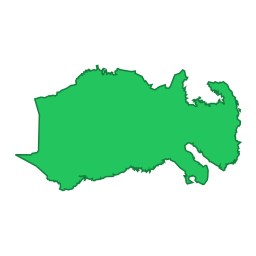 Konawe Selatan, Sulawesi Tenggara, Indonesia (orthographic projection)
{"feature_id": "22746128B90195550492320", "entity_name": "Konawe Selatan", "entity_type": "district", "adm_level": 2, "iso_a3": "IDN", "parent_name": "Indonesia", "parent_adm1": "Sulawesi Tenggara", "projection": "orthographic", "projection_center": [122.598, -4.26], "detail": "fine", "context": "isolated", "style": "filled", "palette": "green", "viewbox_px": 256, "rotation_deg": 0, "n_neighbors": 0, "source": "geoboundaries", "source_scale": "gbopen_adm2", "svg_char_len": 5865}
<svg xmlns="http://www.w3.org/2000/svg" viewBox="0 0 256 256"><path d="M59.6,189.0L62.9,190.5L64.5,190.0L64.8,189.0L68.6,189.8L72.9,188.6L73.5,186.5L75.2,186.4L76.9,184.8L77.1,182.6L77.4,183.9L78.9,183.1L79.8,181.2L79.1,180.7L79.9,181.0L79.9,182.3L82.5,178.9L84.3,178.6L83.7,178.2L83.6,177.5L84.0,178.3L84.0,177.5L85.1,178.0L84.8,176.5L82.7,176.1L80.8,176.7L78.8,175.9L81.0,176.6L83.2,175.8L85.7,176.0L85.6,177.3L86.4,178.0L87.0,177.8L86.9,176.9L87.1,178.3L89.9,179.3L92.2,178.6L92.0,179.7L92.4,179.4L93.2,180.6L94.8,180.6L96.0,179.7L100.3,179.2L100.7,177.8L101.5,178.7L103.5,178.2L105.8,176.6L113.1,176.4L113.8,175.8L113.4,174.2L115.0,175.0L118.1,174.4L120.8,172.5L123.9,172.1L126.4,169.8L126.2,168.6L128.2,168.8L130.9,166.2L131.3,167.5L132.9,166.9L133.0,168.9L133.6,168.8L134.4,170.1L135.0,169.4L134.4,167.9L136.4,167.8L136.2,169.6L137.6,171.3L138.5,170.3L138.1,169.6L138.7,169.7L137.9,168.2L138.9,167.8L140.5,168.6L141.5,168.0L141.5,169.2L142.6,170.0L142.1,171.5L143.6,170.7L145.1,171.2L145.4,170.4L146.4,172.2L147.3,171.4L147.4,170.2L148.9,170.7L149.1,169.8L149.8,172.2L150.4,171.1L149.7,170.0L151.2,169.2L153.2,169.3L154.1,168.5L153.3,166.7L154.7,167.8L156.1,165.7L157.2,165.2L157.9,165.7L158.5,164.3L161.5,164.4L161.4,163.2L163.0,163.5L163.2,161.4L164.5,162.0L164.0,160.1L163.2,160.0L165.9,158.8L166.5,159.5L169.9,158.9L169.9,158.2L171.0,160.3L174.5,161.7L180.3,168.0L185.4,171.5L185.2,173.4L186.5,174.9L185.8,175.6L186.7,176.1L185.7,176.9L184.8,175.7L184.1,175.8L185.6,178.2L186.3,182.4L187.4,183.9L192.6,182.5L189.1,180.2L188.5,178.4L189.5,176.3L190.4,176.6L192.3,175.4L192.4,176.0L193.1,175.7L195.2,176.8L195.8,178.4L195.0,180.1L197.0,182.5L197.9,181.9L202.8,184.4L204.0,184.3L207.1,180.1L207.7,177.7L208.1,170.5L206.6,165.6L205.8,165.4L203.1,166.8L200.4,164.3L199.1,164.1L199.4,163.3L198.5,162.5L194.4,160.6L193.6,159.2L194.4,158.3L193.9,157.3L193.2,157.5L192.6,154.9L190.6,152.6L186.3,150.9L185.4,149.6L184.8,145.5L187.9,143.0L189.7,142.9L191.4,144.0L193.0,143.3L193.0,145.2L193.8,146.2L195.1,146.0L196.8,148.0L198.5,151.6L199.7,152.6L200.6,152.4L200.3,152.0L200.5,151.3L200.8,152.3L201.8,151.7L203.4,155.7L208.6,159.6L209.5,161.6L210.8,161.7L217.4,165.8L218.9,166.3L219.9,165.3L219.3,167.4L220.4,167.5L219.7,168.1L223.5,170.6L224.7,170.0L224.9,167.7L225.6,167.7L227.1,164.3L226.2,164.7L226.2,164.1L227.4,164.3L232.3,162.6L231.9,163.5L233.5,163.8L233.8,161.0L234.3,161.1L234.9,159.1L234.5,162.0L235.0,162.7L237.1,159.3L236.8,157.7L239.1,154.6L239.2,153.3L238.0,152.8L239.1,151.7L237.5,151.0L238.1,148.8L238.9,148.5L237.6,144.9L240.6,142.3L237.7,141.6L237.4,140.9L236.4,141.1L235.6,139.6L235.4,136.6L234.6,135.9L235.5,134.9L235.7,132.4L236.7,132.0L236.1,130.0L237.3,126.8L238.5,125.7L239.3,126.0L240.2,124.3L240.4,121.3L237.5,119.1L237.2,116.1L238.1,115.9L237.8,115.5L238.4,115.4L238.8,113.3L236.5,108.0L236.9,106.4L235.8,102.2L236.1,100.8L235.0,99.1L235.4,97.6L232.7,95.5L231.9,91.7L229.1,89.2L227.5,85.0L223.4,81.8L221.0,82.7L219.8,82.3L218.6,83.2L215.1,81.8L213.7,83.1L208.7,81.9L207.5,84.0L209.4,85.0L209.0,86.1L210.9,87.6L211.2,90.0L212.2,90.2L212.5,91.1L213.2,90.5L214.7,91.0L214.8,90.2L216.3,91.3L216.7,90.9L217.2,91.8L216.1,93.2L216.6,93.9L218.1,91.9L218.0,95.1L221.1,93.6L221.7,96.9L223.0,96.3L224.0,97.2L223.2,99.9L221.8,99.6L223.6,100.9L223.5,102.4L224.3,103.1L223.8,104.0L221.4,102.1L220.2,102.0L219.7,100.0L219.1,101.0L218.5,100.9L218.4,102.8L216.9,103.2L216.2,104.5L214.8,103.5L210.4,103.5L209.3,104.2L210.0,105.9L209.6,106.0L208.6,105.8L208.9,104.8L208.4,105.3L208.0,104.1L206.4,104.7L206.1,103.5L205.2,104.5L204.7,101.9L203.1,101.8L202.3,100.8L202.2,102.5L200.2,102.4L199.8,102.9L200.8,100.5L200.1,100.4L200.2,101.1L199.8,101.4L199.9,100.8L198.8,101.2L198.2,99.2L197.2,98.9L196.5,100.4L194.2,99.5L192.9,100.3L194.7,101.2L194.3,101.6L195.2,101.5L196.0,102.9L195.3,103.2L195.8,104.5L197.0,105.2L196.8,106.2L195.7,106.5L192.9,104.6L188.5,104.9L188.3,103.2L186.4,102.6L186.2,102.2L185.7,102.6L186.1,102.1L187.7,102.6L185.9,101.0L185.5,99.3L187.2,98.2L185.7,97.7L185.5,96.0L184.7,96.4L186.5,94.9L185.6,94.7L185.8,91.8L184.0,90.6L185.1,89.7L185.0,89.1L184.7,89.9L184.3,89.9L185.2,87.5L183.6,88.7L182.7,88.1L183.0,84.1L182.3,82.3L183.5,81.8L184.4,79.7L186.4,79.9L187.6,77.4L185.9,77.1L184.5,71.0L182.8,69.9L179.4,73.4L174.8,75.0L170.4,86.5L168.8,88.2L165.8,87.9L165.2,84.8L159.2,86.8L154.8,89.9L150.3,88.0L151.9,84.6L148.7,85.3L145.6,80.9L144.6,81.5L142.0,76.5L135.3,73.4L135.3,71.1L131.0,71.6L119.9,69.7L117.9,68.5L117.0,69.1L117.0,70.6L115.3,71.0L115.0,71.8L115.3,73.6L116.4,74.5L114.2,75.0L112.3,74.3L112.8,72.9L111.8,72.2L111.0,73.1L110.2,72.9L110.2,74.0L108.3,72.9L107.3,74.3L106.7,74.2L106.8,72.5L105.5,71.4L106.5,71.1L106.1,69.8L104.3,71.3L104.8,72.5L103.2,73.4L103.6,74.5L102.8,74.8L101.9,73.3L102.7,70.5L104.3,68.7L103.3,68.6L101.8,70.7L100.1,70.5L98.0,67.9L97.8,65.5L96.5,65.8L97.2,69.1L95.7,70.5L94.3,69.6L90.6,70.8L88.9,69.4L87.8,70.1L88.5,70.7L86.2,70.4L86.6,71.6L85.5,71.1L85.4,72.0L83.9,72.0L83.9,73.8L81.9,73.8L82.0,74.5L81.7,74.2L78.3,77.1L78.5,78.1L76.8,78.6L75.8,81.0L76.4,84.0L74.1,85.1L71.2,85.4L66.2,88.6L61.2,90.5L59.7,92.1L57.2,92.3L56.6,95.1L55.0,95.9L52.9,95.3L50.2,96.1L49.4,95.7L44.9,97.7L40.8,97.2L34.8,99.0L39.4,114.9L38.5,150.7L37.0,152.6L32.3,153.4L30.9,154.9L15.4,154.7L36.2,166.0L47.4,176.0L47.0,178.6L47.8,179.4L49.1,179.6L49.6,180.5L53.8,180.7L54.1,181.7L54.8,181.6L54.8,180.8L56.4,181.6L57.1,181.1L58.5,183.6L59.7,182.4L59.3,183.5L60.3,184.0L60.4,187.2L59.6,189.0ZM237.6,102.5L237.1,102.5L237.5,104.0L238.5,105.3L237.6,102.5ZM239.1,109.1L239.5,110.8L240.1,111.3L240.2,109.7L239.1,109.1ZM200.4,97.6L199.2,97.2L198.8,98.5L200.2,98.1L200.4,97.6ZM237.1,101.2L236.9,102.0L237.2,102.2L237.5,101.9L237.1,101.2ZM85.4,179.8L85.5,179.0L84.9,180.0L85.4,179.8ZM215.3,91.6L214.8,91.7L214.6,92.3L214.9,92.4L215.3,91.6ZM219.5,99.5L218.8,99.5L219.5,99.8L219.5,99.5Z" fill="#22c55e" stroke="#15803d" stroke-width="1.5"/></svg>